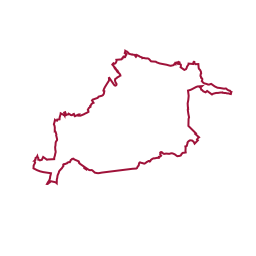 the district of Maltrata, Veracruz, Mexico, rotated 217°
{"feature_id": "50627088B19027861319705", "entity_name": "Maltrata", "entity_type": "district", "adm_level": 2, "iso_a3": "MEX", "parent_name": "Mexico", "parent_adm1": "Veracruz", "projection": "mercator", "projection_center": [-97.262, 18.844], "detail": "fine", "context": "isolated", "style": "outline", "palette": "rose", "viewbox_px": 256, "rotation_deg": 217, "n_neighbors": 0, "source": "geoboundaries", "source_scale": "gbopen_adm2", "svg_char_len": 5855}
<svg xmlns="http://www.w3.org/2000/svg" viewBox="0 0 256 256"><g transform="rotate(217 128 128)"><path d="M95.8,108.5L94.6,108.9L94.3,109.1L93.7,109.2L93.3,109.6L93.0,110.5L92.8,111.0L92.6,112.1L92.1,112.9L91.8,113.9L91.4,114.3L90.9,114.5L90.4,114.4L90.3,115.0L90.5,116.4L90.0,117.9L89.8,118.4L89.1,119.4L88.5,119.7L87.1,121.4L85.4,122.7L86.0,123.5L85.4,124.1L85.0,124.9L84.9,125.8L85.8,126.0L86.5,126.4L86.6,127.1L87.1,127.4L87.4,127.6L87.4,128.2L87.1,128.7L86.5,129.0L84.4,128.8L83.7,129.0L83.2,129.4L82.2,130.5L80.1,131.8L79.2,132.5L78.7,133.3L77.8,134.2L76.9,134.6L74.9,135.1L72.4,135.1L71.6,135.2L69.9,136.9L69.3,137.9L69.6,139.4L69.4,140.0L69.5,140.6L69.3,141.1L68.3,142.0L67.2,143.2L68.4,144.4L70.0,146.8L71.1,147.8L70.3,148.8L70.4,149.4L71.0,150.7L71.1,151.2L71.3,151.7L71.7,152.1L71.8,153.0L71.6,154.0L71.2,155.2L70.9,155.6L69.2,156.6L67.3,156.5L65.4,155.6L64.8,160.2L66.0,160.4L66.0,162.3L65.7,163.3L70.7,163.7L70.5,164.6L81.0,166.0L85.1,171.7L85.7,173.3L88.1,175.4L91.3,178.6L91.3,179.3L91.7,179.5L92.2,180.0L92.2,180.3L92.6,180.7L93.1,181.1L95.2,183.6L96.8,186.8L98.9,190.2L102.6,194.0L101.0,196.1L100.4,197.2L98.2,201.9L97.4,203.1L94.1,206.0L94.2,205.4L95.0,203.8L94.1,203.8L92.6,202.7L91.8,202.9L89.9,202.6L87.5,203.2L87.1,205.2L81.1,205.3L80.7,206.5L79.0,208.7L78.3,209.4L77.2,210.2L75.6,211.9L74.5,212.7L74.1,213.2L73.6,213.1L72.9,213.6L72.1,213.9L71.6,214.4L70.9,214.8L69.6,215.3L68.6,216.1L67.1,216.6L66.3,217.0L67.1,218.9L67.5,218.6L68.6,219.1L69.2,219.1L69.5,218.8L70.7,218.5L72.2,218.4L72.7,218.5L73.6,218.5L74.8,217.3L75.3,217.0L78.8,215.2L80.8,214.0L83.8,213.4L88.1,213.3L88.8,212.4L89.0,211.9L90.1,210.9L91.7,210.5L94.0,209.5L95.9,209.5L96.7,209.9L97.3,209.9L97.7,211.2L98.2,211.9L99.1,212.2L99.6,212.0L100.0,212.2L100.3,212.7L101.5,213.2L102.0,214.3L102.4,214.7L102.4,215.6L103.6,216.8L105.3,217.7L107.0,218.0L107.7,218.5L110.3,221.4L112.6,219.5L113.6,219.8L114.1,219.6L114.8,220.7L115.2,220.6L115.3,219.9L114.5,218.3L118.4,215.9L117.9,215.1L117.8,212.5L117.3,211.3L117.1,209.9L118.0,208.3L122.6,208.2L123.0,209.3L124.0,210.4L124.7,210.4L125.1,210.2L125.5,210.0L126.3,211.4L126.9,211.3L126.8,211.1L127.3,209.7L127.2,209.4L127.8,209.5L128.2,210.0L128.8,209.3L128.1,208.9L129.3,208.4L128.7,207.6L129.3,207.6L129.5,207.2L129.4,205.7L131.3,203.4L132.5,202.8L135.1,201.8L141.6,198.6L144.6,197.7L145.7,197.7L149.2,195.4L149.9,195.1L151.5,195.5L153.0,195.7L154.0,195.5L154.8,195.0L155.3,194.5L157.1,193.6L157.4,193.6L158.3,192.8L158.6,192.4L159.0,192.8L159.6,192.7L161.9,192.0L162.4,192.1L164.5,191.7L164.5,189.6L165.4,189.8L166.0,190.8L166.3,190.4L167.1,190.2L168.5,189.3L169.0,189.3L169.2,188.9L169.7,188.8L170.9,188.2L171.4,188.2L171.8,187.9L172.2,187.9L173.0,188.2L173.4,188.1L173.5,188.3L174.1,188.2L175.0,188.4L176.1,188.0L176.6,188.0L176.2,187.3L175.7,185.9L175.0,186.0L174.3,186.1L173.6,185.9L173.1,185.6L172.7,185.5L173.9,185.2L173.3,184.1L173.0,182.9L173.1,182.6L173.6,182.5L174.4,182.6L174.6,182.4L174.5,181.1L174.2,180.5L174.6,180.1L174.4,179.6L174.5,178.9L178.3,175.5L177.9,175.2L177.4,174.4L177.1,173.4L177.0,172.1L177.4,171.2L178.5,171.0L178.3,169.7L178.7,169.7L178.7,169.2L175.0,168.4L175.1,168.0L174.6,167.8L174.5,168.3L173.5,168.1L173.0,167.4L172.0,167.6L171.5,167.5L171.7,167.0L171.2,166.8L171.0,167.3L170.6,167.2L170.7,166.8L170.3,166.6L170.2,167.1L169.3,166.6L169.2,166.7L168.6,166.4L167.5,166.3L166.2,165.8L165.6,165.3L165.8,165.0L166.4,163.1L167.0,162.1L167.1,160.8L167.7,159.7L167.6,159.2L167.1,158.2L165.7,157.1L163.7,156.3L163.5,156.0L163.2,155.5L163.2,155.1L163.3,154.7L163.6,154.2L164.4,154.0L165.4,154.2L173.1,156.8L173.3,156.4L172.1,155.1L171.7,154.2L171.4,150.5L171.0,146.4L170.7,145.2L170.7,144.8L170.1,143.0L169.1,143.2L167.9,140.8L167.8,139.1L168.3,138.0L170.4,135.3L170.3,134.3L170.4,133.7L171.1,132.7L172.6,130.4L173.3,129.4L173.3,128.3L172.6,128.1L170.7,127.4L171.3,126.3L171.6,125.1L171.4,124.4L171.5,122.8L170.7,122.4L171.3,120.4L171.0,118.3L170.1,117.9L169.3,117.1L169.8,115.9L171.2,113.2L171.5,112.4L173.4,109.2L174.8,108.2L175.1,109.5L175.7,109.0L177.5,105.4L178.0,105.5L179.1,106.2L179.1,106.4L179.7,106.7L180.1,106.0L180.3,104.9L180.5,104.5L180.9,104.2L181.6,103.9L182.6,103.9L184.0,103.7L183.8,103.0L184.5,102.4L185.2,101.1L187.7,102.8L188.2,101.9L187.6,101.6L186.3,99.8L186.8,100.0L187.2,99.7L187.6,99.9L188.2,99.6L190.6,99.2L190.0,98.1L189.0,95.4L187.9,93.7L189.6,92.1L189.1,91.2L190.5,90.4L191.2,90.5L190.0,87.9L189.5,86.4L188.1,85.6L186.8,84.4L185.5,82.6L185.2,82.1L184.8,81.9L184.5,81.4L184.4,81.2L184.0,81.5L183.3,81.2L181.3,79.7L180.9,78.8L180.2,78.3L177.8,76.3L177.3,75.3L177.4,74.4L177.1,73.0L175.4,70.4L174.7,68.9L172.8,66.7L172.0,66.1L171.2,65.1L170.6,63.6L169.8,62.0L169.1,60.0L168.2,58.7L173.0,54.7L173.6,53.9L178.3,53.8L177.7,50.7L178.9,49.1L179.9,49.1L180.6,48.7L181.7,50.1L182.6,50.3L183.5,51.0L183.3,50.0L183.7,48.5L183.5,48.4L183.2,47.1L182.8,46.9L183.0,45.6L182.7,45.8L182.1,44.8L181.3,44.4L180.8,41.3L179.2,38.9L175.2,39.6L172.1,40.5L169.1,41.8L162.3,45.5L161.7,44.3L160.9,42.3L160.1,41.0L159.6,39.6L159.3,38.2L159.3,36.8L159.0,34.6L158.5,34.9L158.2,36.4L157.8,37.3L157.5,39.1L153.8,40.8L152.6,41.1L151.7,41.0L153.9,44.1L154.5,45.6L155.5,47.3L155.9,48.4L156.4,50.7L156.9,51.7L157.0,53.2L156.8,53.9L156.8,55.2L156.6,55.7L156.6,56.3L156.7,56.6L156.7,58.8L157.5,59.4L157.7,59.9L157.5,60.5L157.2,60.7L156.8,61.3L156.6,61.4L156.2,61.8L156.0,62.5L155.4,63.2L155.5,64.0L155.0,64.6L154.6,65.3L153.9,65.7L154.0,66.5L154.4,67.8L154.4,68.1L154.0,68.9L154.1,69.4L154.0,69.7L153.6,70.1L153.3,70.6L153.0,70.7L152.2,70.5L147.3,71.7L146.2,71.1L146.2,70.7L145.2,70.5L139.6,70.7L138.8,69.6L136.6,69.8L137.3,70.8L134.1,71.0L133.0,71.4L131.9,72.4L131.1,72.7L127.6,72.4L125.3,73.5L124.2,74.3L122.0,76.7L99.8,98.2L97.0,100.6L96.7,101.4L97.1,103.2L96.9,104.1L96.9,104.5L97.7,106.0L98.0,107.1L97.9,107.6L97.7,107.8L96.5,108.1L95.8,108.5Z" fill="none" stroke="#9f1239" stroke-width="2"/></g></svg>